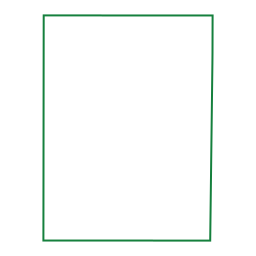 Reagan, Texas, United States of America
{"feature_id": "52423323B76210058558743", "entity_name": "Reagan", "entity_type": "district", "adm_level": 2, "iso_a3": "USA", "parent_name": "United States of America", "parent_adm1": "Texas", "projection": "robinson", "projection_center": [-101.414, 31.365], "detail": "fine", "context": "isolated", "style": "outline", "palette": "green", "viewbox_px": 256, "rotation_deg": 0, "n_neighbors": 0, "source": "geoboundaries", "source_scale": "gbopen_adm2", "svg_char_len": 204}
<svg xmlns="http://www.w3.org/2000/svg" viewBox="0 0 256 256"><path d="M212.4,63.7L212.5,52.7L212.6,15.5L43.7,15.4L43.4,240.5L210.2,240.6L212.4,63.7Z" fill="none" stroke="#15803d" stroke-width="2"/></svg>